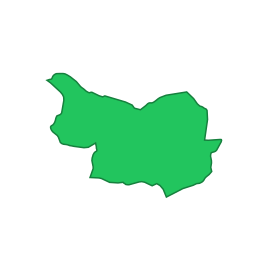 the border of Tongsa, rotated 303°
{"feature_id": "BTN-2486", "entity_name": "Tongsa", "entity_type": "District", "adm_level": 1, "iso_a3": "BTN", "parent_name": "Bhutan", "parent_adm1": "", "projection": "mercator", "projection_center": [90.459, 27.451], "detail": "fine", "context": "isolated", "style": "filled", "palette": "green", "viewbox_px": 256, "rotation_deg": 303, "n_neighbors": 0, "source": "natural_earth", "source_scale": "10m", "svg_char_len": 1884}
<svg xmlns="http://www.w3.org/2000/svg" viewBox="0 0 256 256"><g transform="rotate(303 128 128)"><path d="M103.3,64.1L104.6,64.1L116.3,59.1L119.0,57.1L120.4,54.8L121.4,51.7L123.7,38.2L123.9,34.1L126.0,35.8L126.7,36.6L127.4,37.2L128.2,37.2L129.1,37.0L130.3,36.8L131.7,36.9L133.1,37.4L134.3,38.1L135.0,38.9L138.0,43.4L138.6,44.5L139.1,45.8L139.4,48.3L139.5,51.8L138.8,59.4L136.9,65.6L136.7,67.3L136.6,69.6L136.1,73.0L136.2,75.2L136.5,76.4L137.7,77.4L138.3,78.3L139.3,86.2L140.3,89.8L142.3,91.1L148.4,111.7L149.5,119.0L148.1,122.6L150.1,128.5L156.4,130.7L159.0,131.3L160.1,131.8L160.9,132.5L162.0,134.3L163.3,135.3L165.7,136.3L169.1,137.4L171.0,138.3L176.2,142.1L190.2,157.6L188.4,167.0L186.0,173.0L185.5,176.2L186.1,178.2L186.2,179.3L186.2,180.2L186.1,180.9L186.2,181.7L186.3,182.5L186.4,183.5L185.7,184.8L178.4,190.1L159.6,198.8L161.4,202.0L168.7,211.7L169.1,212.6L168.6,213.2L167.1,213.7L157.6,214.4L156.1,214.0L154.9,213.2L153.8,212.2L152.6,211.3L151.2,211.6L149.3,212.6L146.0,215.8L144.1,217.1L140.0,218.9L137.1,221.9L133.4,221.4L129.6,220.2L128.1,219.9L126.6,219.9L125.5,220.0L124.5,219.9L123.3,219.6L122.1,219.0L120.6,218.1L118.7,215.8L115.4,213.8L107.1,207.0L91.0,197.8L95.8,190.9L97.2,186.2L97.0,182.4L92.7,179.7L91.6,171.5L90.5,168.7L88.7,166.6L80.9,159.7L79.9,158.0L79.4,156.7L79.6,155.7L79.5,154.6L79.8,153.5L76.5,149.5L72.4,142.2L71.2,133.3L70.4,131.0L65.8,123.1L75.0,120.9L76.6,119.8L81.0,115.5L83.3,114.3L86.7,113.3L88.7,113.2L90.1,113.5L91.5,114.2L92.3,114.1L92.9,113.6L93.8,112.5L95.0,111.7L97.7,109.0L90.2,105.2L87.5,101.8L83.0,92.3L82.5,90.9L81.4,88.4L81.3,87.6L81.0,86.5L80.5,85.2L79.3,82.8L78.9,81.2L79.0,79.2L82.4,74.6L83.2,72.8L83.7,67.6L84.2,65.8L84.8,64.5L85.8,63.2L86.7,62.5L87.7,62.4L88.5,62.7L89.4,63.2L90.4,63.4L91.3,63.5L92.8,63.4L95.0,62.9L96.8,62.2L98.2,61.9L99.5,61.8L102.1,63.7L103.3,64.1Z" fill="#22c55e" stroke="#15803d" stroke-width="1.5"/></g></svg>